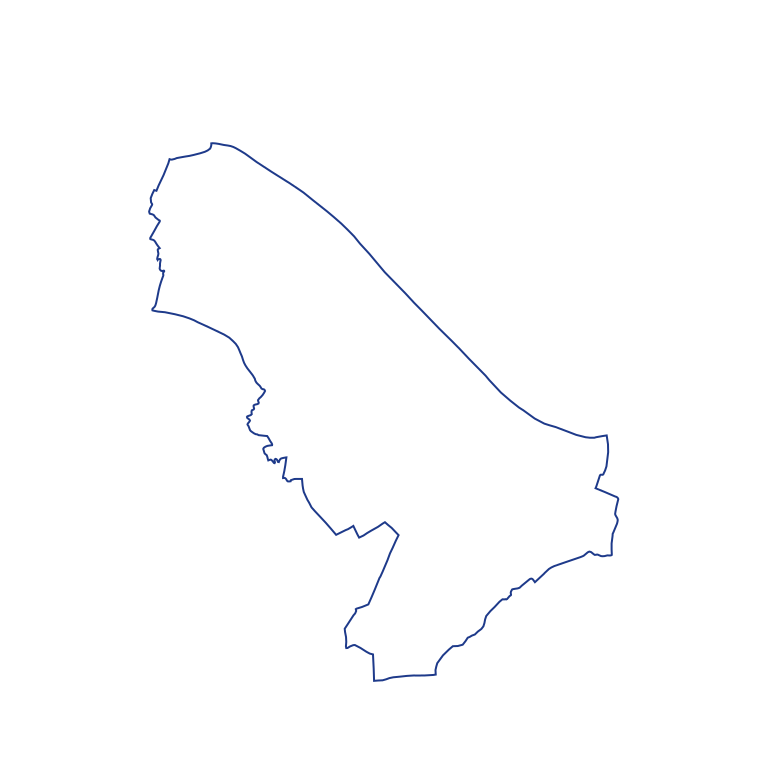 outline of Sa Dec, Can Tho, Vietnam, rotated 338°
{"feature_id": "81297802B46621499872955", "entity_name": "Sa Dec", "entity_type": "district", "adm_level": 2, "iso_a3": "VNM", "parent_name": "Vietnam", "parent_adm1": "Can Tho", "projection": "albers", "projection_center": [105.732, 10.322], "detail": "fine", "context": "isolated", "style": "outline", "palette": "blue", "viewbox_px": 768, "rotation_deg": 338, "n_neighbors": 0, "source": "geoboundaries", "source_scale": "gbopen_adm2", "svg_char_len": 6091}
<svg xmlns="http://www.w3.org/2000/svg" viewBox="0 0 768 768"><g transform="rotate(338 384 384)"><path d="M571.2,515.1L567.0,514.1L560.7,512.8L558.8,512.6L554.7,510.9L551.0,508.9L543.2,503.2L537.2,497.6L527.0,488.2L521.9,484.2L517.8,480.8L510.8,472.5L503.1,460.2L502.7,459.7L500.3,456.3L494.9,446.8L489.2,435.7L483.1,419.9L481.3,414.3L472.2,392.4L466.7,378.3L466.4,377.7L463.2,370.0L456.1,353.7L446.6,330.2L442.3,319.9L437.8,308.0L426.6,280.7L424.7,274.9L419.2,257.9L414.3,244.8L411.6,235.9L408.2,227.7L404.6,219.5L399.9,210.2L399.1,208.7L395.8,202.5L387.2,187.4L381.1,176.4L378.4,172.3L370.8,161.1L370.5,160.8L359.2,145.1L349.0,130.4L344.9,123.8L341.5,118.4L338.0,113.7L335.0,109.9L333.1,107.8L330.9,105.9L328.4,104.3L325.1,102.4L320.6,99.4L317.9,97.8L315.2,96.5L314.0,96.2L313.5,97.6L312.4,99.2L311.0,100.6L308.0,101.4L304.8,101.6L299.9,101.2L293.2,100.3L289.0,99.6L284.7,98.6L278.5,97.3L276.5,96.9L274.2,96.9L271.5,96.5L270.5,96.1L269.4,95.2L266.7,98.6L257.8,107.8L249.4,115.5L245.7,119.3L245.4,119.6L244.4,118.8L243.6,118.1L240.4,121.0L237.3,124.3L236.5,127.0L236.1,128.3L236.4,130.5L235.9,131.2L233.0,133.5L230.9,136.0L230.7,136.7L230.6,138.3L233.0,140.1L233.9,141.3L234.5,144.0L236.3,147.2L237.3,148.5L237.0,149.3L232.5,152.6L228.6,155.8L222.9,160.3L222.0,161.0L221.6,161.9L221.7,162.2L222.6,162.9L223.3,163.4L223.9,163.9L224.3,164.3L224.8,165.2L225.2,166.7L225.4,168.1L225.8,170.2L226.1,171.3L226.4,172.5L226.7,173.4L226.9,174.0L225.4,174.2L224.7,174.5L224.4,175.0L223.9,177.3L223.8,178.2L223.5,178.9L222.8,180.0L221.4,181.7L220.8,182.7L220.5,183.1L220.6,184.0L220.7,183.9L221.5,183.9L222.2,183.9L222.6,184.0L223.2,184.3L223.4,184.8L223.3,185.5L222.3,187.0L221.4,188.5L220.7,190.3L219.9,191.7L219.2,193.0L219.2,193.8L219.3,194.5L219.8,195.6L220.6,196.1L221.4,196.3L222.0,196.3L222.5,196.6L222.5,197.0L222.2,197.4L221.4,197.7L221.0,198.0L220.7,198.6L220.3,199.6L220.3,200.2L219.9,200.9L218.5,202.4L215.6,205.7L213.0,208.9L210.3,212.6L206.0,219.2L203.0,223.6L201.8,225.1L201.0,225.9L200.2,226.5L198.9,227.0L197.8,227.4L197.4,227.7L197.0,228.4L196.9,229.0L198.4,230.1L201.6,232.2L207.8,235.4L216.3,241.0L223.2,246.0L228.2,250.3L231.8,253.8L234.4,256.9L242.4,265.3L250.3,273.9L254.3,278.3L257.9,283.1L260.2,287.9L261.6,291.3L262.4,295.1L262.5,298.1L262.5,301.8L262.6,305.2L262.3,308.9L262.2,311.9L262.5,314.9L263.2,318.4L264.5,322.9L265.6,326.9L266.2,330.9L266.0,332.0L266.0,333.4L266.3,335.1L267.0,336.8L268.1,339.1L268.5,340.9L268.7,342.3L269.5,343.3L270.6,343.9L271.1,344.9L271.1,345.9L269.7,347.1L267.4,348.7L264.8,350.0L263.0,350.6L261.1,351.8L260.9,353.1L260.9,354.3L260.3,355.1L258.8,355.2L257.4,354.9L256.0,354.8L255.1,355.1L254.7,355.9L254.5,356.9L254.4,358.0L253.8,358.7L252.5,358.9L251.6,358.9L250.9,359.8L250.3,361.4L250.1,362.4L248.9,362.9L247.8,362.9L246.2,362.8L245.2,362.8L244.6,363.2L244.5,364.2L245.1,365.3L245.9,366.5L246.0,367.8L245.2,368.4L244.2,369.0L243.0,369.6L242.3,370.3L242.3,371.1L242.6,372.2L242.6,373.2L242.5,376.5L242.9,377.8L243.9,379.4L245.1,381.2L246.3,382.5L247.7,383.3L248.5,384.4L253.5,387.1L256.2,388.5L256.7,391.0L257.1,394.3L257.6,396.5L257.7,397.7L257.6,398.3L257.3,398.8L255.4,398.3L252.7,397.7L250.6,397.7L248.7,398.1L247.7,399.0L247.6,400.4L247.4,402.2L247.3,403.6L247.8,404.7L248.6,406.1L248.5,408.0L248.2,410.0L248.1,411.5L249.5,411.5L250.7,411.7L251.4,412.7L252.0,414.6L252.4,416.0L252.9,416.4L253.5,415.9L253.9,413.7L254.5,413.0L255.4,412.8L256.0,413.3L256.4,414.2L256.5,415.4L256.5,416.5L257.2,417.0L258.0,416.1L259.2,415.1L260.2,414.6L261.4,414.6L262.8,414.8L265.3,415.3L266.0,415.5L262.1,422.3L259.0,427.3L257.1,430.1L255.7,432.1L255.2,433.4L256.4,433.7L257.2,434.4L257.7,435.7L257.8,437.2L258.4,438.3L259.5,438.8L261.0,439.2L261.7,438.3L265.3,438.5L268.0,439.5L269.6,440.2L272.4,441.3L270.5,447.6L269.8,450.6L269.2,454.0L269.3,456.6L269.6,462.7L270.1,465.9L270.6,471.3L272.4,476.3L275.2,483.5L278.0,490.8L280.6,498.3L283.1,505.9L293.8,505.1L296.3,505.1L300.9,504.4L302.4,504.1L302.7,509.1L303.0,513.6L303.4,517.1L308.3,516.8L312.5,515.9L317.0,515.2L324.9,514.2L330.6,512.9L333.1,512.5L335.0,516.3L337.2,520.3L339.4,525.9L340.9,529.6L336.3,533.7L330.6,539.2L326.1,543.3L321.2,548.7L312.4,557.5L308.4,561.3L307.2,562.1L298.4,571.2L292.5,577.1L286.9,582.5L280.1,582.5L274.3,582.0L273.5,582.2L273.2,584.0L271.3,585.9L269.1,587.0L260.4,593.1L255.9,596.2L255.0,599.3L254.0,604.4L252.4,609.0L250.4,613.0L250.1,614.7L251.3,615.1L254.2,614.6L257.6,614.6L259.2,615.1L263.3,619.9L267.4,625.7L269.8,628.6L272.5,630.6L267.8,644.1L263.6,655.5L267.4,656.7L271.7,658.2L275.4,658.6L278.8,658.7L282.7,659.4L289.1,661.3L295.8,663.2L302.4,665.4L305.2,666.6L312.6,669.5L320.6,672.2L323.1,672.8L324.6,668.5L326.6,665.6L328.8,662.8L337.0,657.7L344.8,654.5L349.6,652.9L354.3,654.6L359.3,655.2L363.3,652.9L366.6,650.6L368.7,650.6L371.4,650.2L374.4,650.3L378.3,648.7L382.5,647.6L385.4,645.9L387.6,643.2L389.6,640.1L391.9,637.4L397.6,634.4L403.0,632.2L409.4,629.2L412.8,628.1L413.6,628.1L414.5,628.7L416.0,629.0L416.5,629.5L417.1,629.5L417.5,629.5L417.7,629.4L420.4,628.0L421.0,627.7L421.4,627.6L422.1,627.5L422.4,627.4L422.6,627.3L422.9,626.8L423.1,625.8L423.3,625.0L424.0,624.0L425.2,623.0L425.8,622.5L426.5,622.5L428.9,623.0L431.4,623.6L433.4,623.7L436.2,622.6L444.8,619.9L446.1,619.5L446.9,619.5L447.5,619.6L448.0,619.8L448.6,620.5L448.9,621.2L449.5,623.5L449.7,624.3L461.2,619.9L462.2,619.4L467.6,617.3L470.4,616.8L473.7,616.6L485.2,617.2L501.3,618.1L503.9,618.1L504.9,618.0L509.8,616.4L511.1,616.3L511.8,616.4L513.1,617.5L514.7,620.4L515.4,621.4L516.8,621.8L517.5,621.9L518.2,622.2L520.7,624.8L521.6,625.3L522.2,625.6L524.1,626.2L527.0,626.6L528.6,627.4L530.1,627.9L530.7,627.9L531.0,627.9L531.4,627.3L533.0,622.8L535.3,617.1L539.0,610.5L539.9,608.6L541.0,607.6L547.8,600.7L549.0,599.0L549.8,597.6L550.0,595.9L549.5,592.4L549.6,591.1L550.9,588.9L553.9,584.3L557.6,579.2L558.1,578.5L558.1,577.5L557.8,576.7L557.3,575.8L556.3,575.0L548.4,567.0L541.1,559.9L542.5,558.5L550.0,549.6L550.9,549.3L551.5,549.5L552.5,550.0L553.4,550.0L554.4,549.0L556.6,547.0L559.4,543.7L566.3,531.2L569.1,523.8L571.2,515.1Z" fill="none" stroke="#1e3a8a" stroke-width="2"/></g></svg>